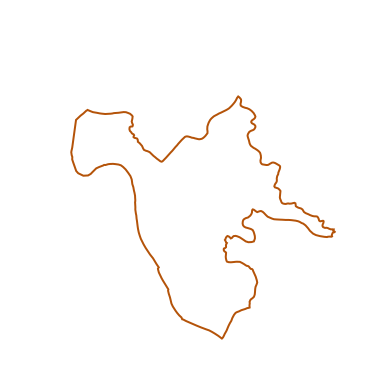 Khsach Kandal, Kândal, Cambodia, rotated 311°
{"feature_id": "14789045B32248598745823", "entity_name": "Khsach Kandal", "entity_type": "district", "adm_level": 2, "iso_a3": "KHM", "parent_name": "Cambodia", "parent_adm1": "Kândal", "projection": "albers", "projection_center": [105.061, 11.705], "detail": "fine", "context": "isolated", "style": "outline", "palette": "amber", "viewbox_px": 384, "rotation_deg": 311, "n_neighbors": 0, "source": "geoboundaries", "source_scale": "gbopen_adm2", "svg_char_len": 6113}
<svg xmlns="http://www.w3.org/2000/svg" viewBox="0 0 384 384"><g transform="rotate(311 192 192)"><path d="M170.3,57.2L146.9,72.5L144.1,74.0L142.8,74.8L140.9,77.0L139.9,78.7L138.0,80.2L136.4,82.9L131.9,90.8L131.5,93.8L133.0,99.3L136.3,102.7L139.2,103.7L141.4,103.8L147.0,104.2L149.9,105.5L153.8,107.6L154.8,107.9L155.6,109.0L158.0,110.5L159.5,111.9L161.4,113.9L162.8,115.9L164.5,118.5L165.5,120.8L165.7,123.5L165.5,127.1L164.6,131.3L163.6,135.1L161.9,138.3L158.8,141.8L157.2,144.5L155.1,147.1L153.7,149.1L151.8,151.5L150.4,152.8L148.7,154.5L147.7,155.3L147.0,155.7L143.4,159.2L141.5,160.8L139.0,163.7L137.8,165.3L135.5,167.7L134.1,169.4L130.5,173.4L128.7,175.5L126.5,178.4L124.7,181.3L123.1,184.1L120.7,189.9L119.4,193.7L117.3,201.3L116.4,206.1L114.3,212.6L113.3,216.4L111.9,216.5L111.2,217.3L109.5,219.8L108.0,223.3L107.0,225.6L106.1,228.1L103.0,238.0L101.8,238.7L100.0,241.2L98.1,244.4L96.4,246.8L94.3,249.7L93.0,252.7L91.6,257.5L91.0,260.1L90.5,263.3L90.4,266.4L89.5,268.1L90.0,269.0L90.4,270.8L90.7,272.1L94.2,283.2L95.8,287.9L96.6,290.0L97.4,292.2L98.8,295.7L99.5,298.7L100.1,302.0L100.7,306.3L101.0,310.7L102.6,310.8L104.7,310.3L106.3,309.8L109.3,309.2L110.5,308.9L113.1,308.0L115.3,307.3L118.1,306.6L120.5,306.2L123.4,305.1L126.9,304.3L129.4,304.2L130.8,304.7L132.6,305.7L135.2,306.8L138.6,308.9L140.5,309.8L141.8,310.8L142.6,311.3L144.1,309.8L145.9,308.6L146.9,307.5L147.5,307.3L148.8,306.9L149.8,306.9L151.4,307.3L153.6,307.5L155.8,306.6L157.8,305.2L160.3,303.3L162.1,302.2L164.6,301.4L166.5,300.6L167.9,298.8L169.9,295.6L171.1,293.0L172.5,290.0L173.2,288.7L173.2,287.8L172.6,286.9L172.6,285.8L173.0,283.8L172.9,283.0L172.7,282.5L172.2,281.8L171.9,280.4L171.8,279.1L171.3,276.3L170.7,274.0L170.1,273.2L169.3,272.3L169.1,271.9L167.6,270.4L166.6,269.5L164.5,267.5L163.1,265.7L162.4,264.1L162.8,263.0L164.1,261.2L165.2,260.0L168.5,257.6L168.7,256.8L168.5,255.6L168.7,254.5L169.7,253.4L170.3,253.2L171.2,253.7L172.6,253.9L173.4,253.3L174.0,252.6L174.9,252.1L176.4,251.8L176.3,251.3L176.3,250.8L176.9,249.8L177.1,249.1L177.4,248.3L178.0,248.3L178.9,247.9L179.8,247.6L180.3,247.5L181.5,247.5L182.1,247.7L182.6,249.1L182.6,250.7L182.4,251.7L183.3,252.2L185.1,252.2L186.1,252.4L187.5,253.7L188.2,255.1L189.1,257.7L189.6,261.4L189.7,262.2L190.0,265.0L191.1,267.5L193.3,269.8L195.3,271.1L197.2,270.4L198.3,269.9L200.0,268.3L201.5,266.1L202.5,264.4L203.1,262.7L202.7,260.7L201.6,258.2L200.4,255.7L200.1,254.2L200.1,253.5L200.5,252.1L201.5,250.8L203.2,249.6L204.5,249.1L205.6,249.1L207.5,249.7L209.5,251.0L212.4,251.5L214.2,251.3L215.7,250.8L217.3,249.6L218.3,249.2L218.8,249.3L219.2,250.4L219.3,251.7L219.3,252.6L219.6,254.4L221.8,255.6L222.9,256.5L223.4,258.2L223.4,260.0L223.1,263.0L223.0,265.3L224.4,269.8L225.2,271.7L226.6,273.6L228.3,275.8L230.2,278.2L232.2,280.8L234.5,283.5L236.0,285.5L238.4,289.1L239.5,291.2L240.1,292.9L240.5,295.1L241.1,296.7L241.3,299.6L240.8,303.4L240.1,306.4L240.0,310.7L240.8,313.8L242.7,317.6L245.0,321.3L246.6,323.5L247.4,323.9L248.5,325.0L249.9,326.7L250.5,326.8L250.9,326.0L251.7,325.5L252.8,325.2L253.8,324.9L254.3,325.2L255.1,325.9L255.6,325.9L255.7,324.8L255.6,323.9L256.7,323.5L256.2,322.8L254.8,321.1L254.2,319.5L253.9,318.3L253.4,317.2L252.1,315.8L251.5,314.0L252.0,312.7L253.3,311.9L254.5,311.6L256.0,310.8L256.4,310.1L256.1,309.6L254.0,308.0L253.8,307.1L254.0,306.4L254.9,305.1L255.4,303.9L255.6,302.8L255.3,302.0L253.7,300.0L252.9,298.6L252.0,296.2L251.6,294.5L250.6,291.6L250.4,289.5L250.9,288.1L251.3,286.8L251.1,285.1L249.9,282.5L249.5,280.6L249.4,279.7L251.3,277.5L251.1,276.5L250.4,275.9L248.5,274.6L247.2,273.3L246.4,272.0L245.4,271.2L244.6,270.7L244.0,270.0L243.1,268.5L242.8,267.2L242.9,266.5L244.8,262.8L245.6,261.8L247.0,260.8L250.8,258.1L251.1,256.7L251.2,255.4L251.1,254.4L249.9,251.5L250.3,250.4L250.9,250.1L251.9,249.7L253.2,249.4L254.3,249.4L255.6,249.0L256.2,248.6L256.9,248.0L257.8,247.1L259.1,246.3L260.1,245.8L261.9,245.4L263.2,244.5L266.8,243.2L268.2,242.5L269.2,241.6L269.3,240.4L268.7,237.2L268.4,235.8L267.9,234.6L267.5,233.9L266.6,233.1L264.4,232.3L263.3,232.0L262.5,231.7L261.9,231.2L261.2,230.5L259.0,226.9L258.9,226.0L259.3,224.5L259.9,223.8L260.7,223.0L263.0,221.7L264.7,220.0L265.8,218.4L266.2,217.7L266.5,216.3L266.5,215.1L266.5,214.1L266.1,211.1L265.7,209.5L265.6,207.8L265.5,206.1L266.0,204.6L266.6,203.4L267.5,202.2L268.3,201.1L269.0,199.9L269.9,198.4L270.7,197.3L271.2,196.8L272.5,196.2L274.7,195.8L276.1,196.1L277.3,196.6L278.7,197.4L280.1,197.8L281.5,197.6L282.7,197.2L283.4,196.5L283.8,194.9L283.2,192.1L283.5,191.0L284.2,190.4L285.5,190.3L288.0,190.9L289.3,190.9L290.5,190.4L291.1,189.4L292.0,186.8L292.3,183.8L292.1,181.1L291.4,178.7L290.4,176.8L289.4,174.2L289.2,172.1L289.9,171.2L290.8,170.5L291.9,170.0L293.1,169.2L294.0,168.3L294.3,167.2L294.5,165.6L294.4,164.2L292.5,164.3L290.4,164.9L288.0,165.3L285.6,165.4L283.3,165.4L279.6,165.1L277.8,164.6L275.9,163.9L270.9,161.8L268.8,160.8L267.0,160.2L265.0,159.4L263.3,158.8L260.3,158.4L259.1,158.4L257.8,158.5L256.7,158.8L255.6,159.0L254.2,159.5L251.6,160.6L250.3,161.6L249.3,162.4L248.0,163.9L246.5,165.1L243.2,165.3L241.6,165.2L240.2,165.0L238.6,164.5L237.4,163.6L236.6,162.9L236.1,162.2L234.4,159.0L233.9,157.8L232.8,156.1L232.4,154.9L231.5,153.0L230.7,151.7L230.1,151.2L229.4,150.7L228.8,150.5L224.6,150.1L219.5,150.0L217.3,150.1L215.2,150.0L211.2,150.1L209.6,150.1L208.2,150.0L201.0,149.9L197.3,149.7L196.7,149.7L195.5,149.5L194.8,149.0L194.4,147.8L194.3,145.8L194.1,143.5L194.1,141.5L194.0,139.2L194.3,133.9L193.6,131.6L192.8,129.9L192.3,128.0L193.0,126.1L193.7,124.7L194.0,124.0L194.5,120.4L194.4,118.2L194.9,117.8L195.9,116.6L196.3,115.6L195.9,114.5L195.2,113.2L195.0,112.0L195.7,111.4L196.9,111.1L197.2,110.1L197.0,109.4L196.8,108.1L197.2,107.0L197.4,105.0L198.4,103.5L199.9,102.5L201.0,102.7L202.4,104.0L203.2,103.8L204.1,103.1L204.7,101.7L205.6,100.3L208.2,98.9L210.1,97.6L210.4,96.3L210.4,93.9L209.6,91.6L208.9,89.8L207.5,88.0L203.5,84.5L200.3,81.3L198.9,80.3L197.6,79.1L193.9,75.3L192.0,72.6L190.8,70.8L189.4,68.3L188.4,66.7L187.2,64.7L186.1,61.5L185.4,59.3L184.6,59.2L184.0,58.9L180.0,58.5L176.5,57.8L170.3,57.2Z" fill="none" stroke="#b45309" stroke-width="2"/></g></svg>